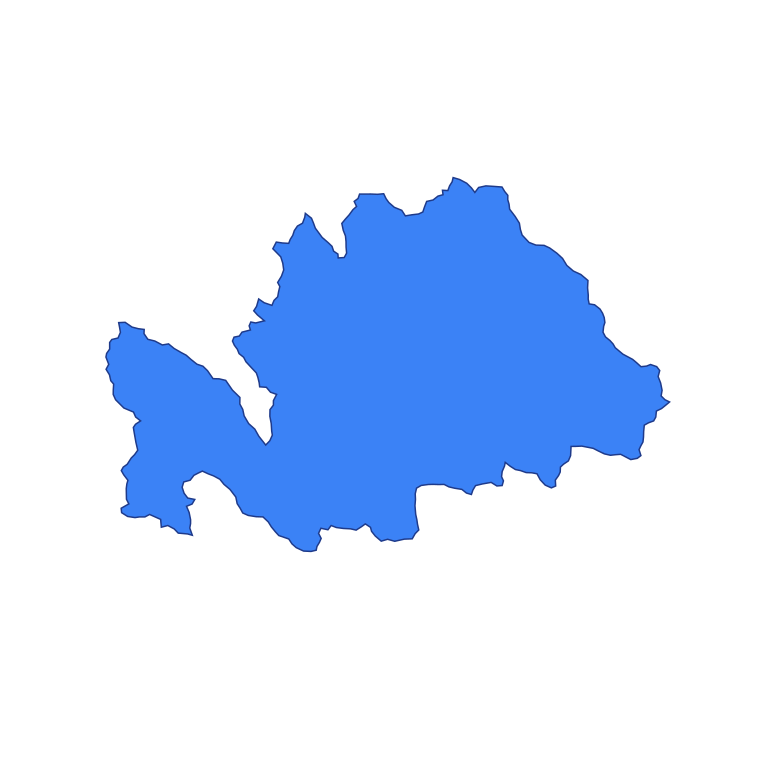 outline of São Luiz do Paraitinga, São Paulo, Brazil, rotated 115°
{"feature_id": "56859067B61119921989144", "entity_name": "São Luiz do Paraitinga", "entity_type": "district", "adm_level": 2, "iso_a3": "BRA", "parent_name": "Brazil", "parent_adm1": "São Paulo", "projection": "equal_earth", "projection_center": [-45.237, -23.241], "detail": "fine", "context": "isolated", "style": "filled", "palette": "blue", "viewbox_px": 768, "rotation_deg": 115, "n_neighbors": 0, "source": "geoboundaries", "source_scale": "gbopen_adm2", "svg_char_len": 4587}
<svg xmlns="http://www.w3.org/2000/svg" viewBox="0 0 768 768"><g transform="rotate(115 384 384)"><path d="M512.4,293.0L506.4,292.5L501.6,290.8L496.9,294.4L493.2,296.8L488.7,300.2L481.2,304.5L475.3,306.7L470.3,309.3L464.6,310.5L460.2,307.4L456.3,301.3L454.2,297.1L451.9,291.7L449.6,287.1L449.8,281.7L448.6,275.9L446.6,268.9L448.0,263.2L447.2,258.1L442.6,258.6L437.4,258.1L433.0,252.6L427.9,245.3L428.7,238.6L426.1,234.0L421.3,234.8L418.3,238.3L413.4,239.9L407.4,240.1L403.8,241.0L405.2,234.8L406.0,228.8L404.8,223.8L404.2,217.7L402.0,212.5L400.7,207.4L404.8,201.9L407.5,195.2L407.4,188.4L403.9,185.3L398.7,188.1L393.2,187.1L389.3,187.1L384.7,189.0L380.8,187.4L375.8,184.4L370.1,184.6L361.5,188.1L359.5,183.9L356.7,178.5L355.1,172.1L353.9,167.2L354.1,161.8L354.2,154.8L352.9,148.7L350.3,144.4L347.7,139.8L348.2,128.4L344.3,123.0L340.3,120.9L335.7,125.1L331.5,125.1L327.1,124.8L322.4,126.4L317.3,128.6L311.3,130.7L307.3,127.8L303.5,124.0L299.1,123.7L293.4,125.7L289.0,122.1L283.7,119.5L279.6,117.6L279.5,122.8L277.7,127.8L272.2,129.3L266.2,133.7L261.4,138.7L255.3,139.8L253.0,144.2L253.7,150.7L256.8,153.6L259.7,158.4L258.0,163.9L256.6,169.1L256.0,180.1L253.4,189.8L250.9,193.3L249.1,197.6L247.7,203.2L244.5,207.4L238.9,209.3L234.9,209.8L230.7,212.5L227.5,215.8L224.8,219.9L223.2,226.6L224.7,231.9L220.8,234.8L217.2,236.4L210.9,240.1L204.0,242.9L201.6,251.7L201.6,260.1L199.3,268.4L194.7,275.3L192.4,282.6L190.7,291.3L190.7,297.5L193.9,305.0L194.4,312.4L190.6,321.8L186.3,325.7L181.0,329.3L176.7,336.0L172.5,344.0L168.1,346.7L164.7,349.7L160.7,351.5L158.5,356.0L155.6,360.3L158.5,368.0L161.4,375.4L165.9,381.3L172.0,382.6L169.3,387.7L167.1,393.9L166.7,401.9L167.7,408.6L171.9,407.7L176.7,408.3L181.7,407.9L183.7,412.9L187.5,410.5L190.9,414.5L196.5,417.3L200.5,422.5L206.5,422.1L211.7,421.5L215.3,424.5L218.7,430.0L222.6,435.7L219.1,441.3L219.5,449.3L217.5,456.3L215.2,460.4L211.7,464.7L214.8,470.0L217.4,476.2L219.9,481.5L222.2,486.4L226.8,485.9L231.1,488.2L234.7,483.9L239.1,485.8L245.6,487.1L251.2,488.8L256.3,490.1L261.9,485.9L266.1,481.5L271.0,478.6L276.0,476.2L281.2,473.2L286.2,473.5L289.1,478.8L285.7,480.7L284.9,485.8L281.2,489.3L279.5,494.3L277.3,502.0L271.8,512.1L267.8,516.1L264.4,519.8L262.6,527.4L266.3,526.3L272.7,525.8L277.4,529.2L282.9,530.1L287.9,529.5L292.5,530.1L296.8,529.8L299.1,535.6L300.9,541.6L308.4,541.9L312.4,531.3L317.3,526.8L323.0,523.1L329.7,522.5L336.9,523.3L339.7,519.6L345.1,518.5L349.9,517.2L354.7,519.0L360.1,518.8L361.0,527.0L359.9,533.5L367.5,532.3L372.7,533.0L374.9,527.9L377.3,519.1L382.9,526.1L384.1,530.9L388.3,530.8L391.5,527.9L397.0,534.6L401.7,535.4L404.9,539.7L409.1,539.5L412.2,535.9L414.5,531.6L417.7,528.2L419.1,522.5L422.2,518.5L425.5,510.4L427.9,504.4L431.3,501.1L435.7,497.6L439.1,495.5L436.7,489.2L439.4,483.4L438.8,476.9L445.8,477.2L449.9,475.3L455.4,476.5L461.5,473.8L467.5,469.5L474.1,465.9L477.5,463.6L483.7,463.5L489.3,465.4L484.3,475.3L479.5,482.0L477.1,489.9L472.0,497.3L466.7,501.3L463.1,506.2L457.1,508.9L453.6,518.8L447.6,529.0L449.0,535.6L451.4,541.2L446.5,549.6L444.4,555.6L445.1,561.9L443.3,569.4L441.5,575.4L441.2,581.2L440.5,589.3L438.7,596.2L442.3,601.4L441.9,609.9L443.3,616.9L439.8,622.8L435.9,624.4L437.7,630.0L438.9,636.4L437.5,644.7L440.5,650.4L445.1,647.1L448.6,644.7L454.7,644.5L458.7,649.5L462.3,650.2L468.3,647.4L473.5,648.3L477.1,647.4L482.5,641.8L488.1,642.1L491.7,636.7L496.5,633.0L498.3,629.0L503.9,626.8L507.9,625.0L511.7,620.6L515.7,609.6L515.3,599.2L518.9,595.1L520.3,589.0L525.5,592.2L529.3,592.8L534.0,589.6L541.7,584.2L548.1,579.2L553.5,580.2L557.9,581.8L565.3,582.8L569.5,585.2L573.5,585.5L576.3,581.5L579.5,575.4L583.3,574.8L587.7,573.4L592.6,571.0L597.3,568.7L600.5,564.6L607.7,569.7L611.5,567.4L612.4,560.4L610.3,553.2L607.9,549.6L605.5,544.5L601.3,541.3L601.1,529.2L607.9,525.3L603.6,520.1L604.0,512.9L606.1,507.5L602.9,498.6L602.1,493.8L596.6,499.2L592.3,500.3L588.8,501.9L582.8,506.3L578.3,511.3L573.9,507.2L568.6,506.7L570.3,513.7L567.5,519.0L562.9,523.3L557.4,524.1L553.1,519.0L547.1,517.7L543.2,514.7L539.7,511.8L539.7,505.3L539.3,499.8L539.7,492.5L542.6,486.6L544.6,479.1L549.1,470.5L554.5,466.5L557.3,462.0L560.6,457.5L560.5,451.5L558.3,443.8L555.6,437.5L557.9,430.6L561.1,425.7L563.8,420.1L565.8,415.3L564.7,404.8L567.8,399.8L569.4,394.4L569.4,386.3L566.6,379.4L563.3,375.2L559.6,376.1L554.8,375.6L550.5,375.7L547.0,380.2L541.4,380.2L539.8,373.2L534.6,372.1L534.2,366.5L532.1,359.8L529.4,353.1L528.2,347.5L523.0,344.2L518.7,341.8L519.6,335.7L522.8,333.0L525.5,327.6L527.6,320.1L523.2,315.1L522.0,307.8L516.0,300.0L512.4,293.0Z" fill="#3b82f6" stroke="#1e3a8a" stroke-width="1.5"/></g></svg>